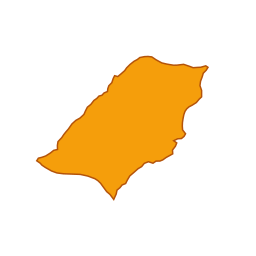 outline of Mesópolis, São Paulo, Brazil, rotated 248°
{"feature_id": "56859067B74939382420673", "entity_name": "Mesópolis", "entity_type": "district", "adm_level": 2, "iso_a3": "BRA", "parent_name": "Brazil", "parent_adm1": "São Paulo", "projection": "robinson", "projection_center": [-50.616, -19.955], "detail": "fine", "context": "isolated", "style": "filled", "palette": "amber", "viewbox_px": 256, "rotation_deg": 248, "n_neighbors": 0, "source": "geoboundaries", "source_scale": "gbopen_adm2", "svg_char_len": 1490}
<svg xmlns="http://www.w3.org/2000/svg" viewBox="0 0 256 256"><g transform="rotate(248 128 128)"><path d="M67.1,88.0L71.3,92.4L74.5,94.5L75.7,98.2L77.4,101.2L77.4,105.0L80.0,107.9L82.9,111.7L84.5,116.5L86.5,122.1L87.1,126.2L89.1,129.8L89.1,134.3L86.0,138.0L86.8,141.6L85.4,145.2L85.4,148.3L86.4,152.4L86.9,156.7L87.3,159.8L90.9,161.0L93.3,165.1L95.9,167.6L99.1,165.6L99.4,170.0L98.2,173.6L99.2,176.8L101.1,179.2L105.8,177.9L109.5,179.1L112.6,180.5L115.7,182.3L119.5,184.8L122.1,187.1L123.8,189.7L124.8,192.6L125.1,195.9L126.0,200.9L128.0,204.6L129.3,207.9L135.2,210.3L140.4,210.6L144.2,212.8L147.7,216.0L150.6,218.3L152.3,222.2L154.3,224.9L156.5,223.4L157.1,218.1L158.1,215.3L159.5,211.0L161.9,208.4L166.2,203.4L168.0,196.7L169.2,193.7L171.3,190.2L173.0,187.5L175.7,183.7L180.7,179.6L185.0,176.7L186.8,173.4L188.0,170.0L188.9,165.4L188.0,162.3L187.6,158.6L186.2,153.8L184.3,149.3L182.4,146.4L180.9,142.1L179.5,137.8L181.5,135.2L179.5,132.9L176.1,130.0L174.4,126.1L172.0,124.0L169.5,122.6L169.5,119.0L168.1,116.0L168.5,113.1L167.1,110.1L166.3,106.7L163.8,102.4L162.5,98.1L159.8,95.0L157.1,92.2L155.2,87.2L154.6,82.5L152.8,77.6L149.4,72.4L147.4,68.5L145.9,65.9L143.9,63.0L141.6,58.0L138.3,56.0L134.5,54.6L135.1,50.7L133.9,46.7L132.9,41.2L133.1,37.2L133.6,33.6L131.8,31.1L128.3,33.4L125.8,34.3L122.5,36.5L116.8,41.0L113.0,45.2L109.8,50.9L102.9,66.3L98.6,72.6L93.3,78.4L90.4,80.4L87.0,81.9L83.7,82.7L77.0,84.4L73.2,86.4L67.1,88.0Z" fill="#f59e0b" stroke="#b45309" stroke-width="1.5"/></g></svg>